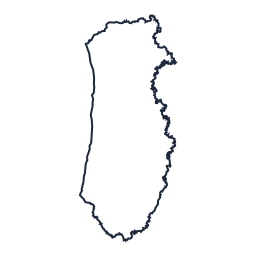 outline of Phu Kamyao, Phayao, Thailand
{"feature_id": "78962969B43873675128191", "entity_name": "Phu Kamyao", "entity_type": "district", "adm_level": 2, "iso_a3": "THA", "parent_name": "Thailand", "parent_adm1": "Phayao", "projection": "robinson", "projection_center": [99.99, 19.32], "detail": "fine", "context": "isolated", "style": "outline", "palette": "slate", "viewbox_px": 256, "rotation_deg": 0, "n_neighbors": 0, "source": "geoboundaries", "source_scale": "gbopen_adm2", "svg_char_len": 5844}
<svg xmlns="http://www.w3.org/2000/svg" viewBox="0 0 256 256"><path d="M157.8,22.7L157.4,20.8L156.8,21.0L157.0,20.5L156.0,20.6L155.7,19.6L154.6,19.7L155.1,18.9L154.3,17.7L154.4,16.6L153.1,16.7L152.9,15.7L152.0,15.4L151.2,16.0L150.4,15.7L149.7,17.1L149.9,17.8L151.3,18.8L150.9,20.0L150.2,20.7L147.4,21.3L146.7,21.8L146.1,21.4L145.5,21.9L145.5,20.7L145.0,19.8L144.0,19.5L143.1,18.4L142.5,18.7L141.8,18.2L138.3,19.5L138.1,21.3L135.8,21.4L135.0,21.9L134.6,21.4L133.4,21.6L132.1,22.1L131.2,23.2L129.3,22.8L128.4,21.4L126.3,21.9L126.2,21.2L125.8,21.8L124.5,21.8L124.3,21.3L123.5,22.5L122.8,22.4L122.6,23.0L121.8,23.1L119.8,23.1L116.2,21.9L114.3,22.6L109.3,22.3L107.0,23.8L106.2,25.0L106.8,27.4L105.1,29.0L104.6,31.0L102.0,31.1L100.1,32.6L98.7,32.2L97.9,33.9L94.0,35.0L91.4,40.0L90.2,40.1L90.1,40.9L88.9,40.7L88.6,42.9L85.8,43.9L89.3,53.7L90.4,62.2L93.2,70.0L94.1,78.0L93.9,83.9L94.3,86.8L93.8,92.7L92.0,95.1L93.2,99.4L92.6,102.4L92.6,105.9L90.8,114.8L91.8,120.1L92.2,126.7L91.2,142.4L90.8,143.8L89.6,145.5L89.7,149.3L87.1,156.7L87.3,160.3L86.3,162.2L85.6,164.9L84.9,173.4L83.9,176.1L83.5,181.6L81.6,189.4L82.1,190.5L80.7,192.9L80.0,195.3L83.7,199.1L85.4,202.2L90.2,203.0L90.6,203.9L92.6,204.3L93.2,204.9L94.3,206.7L93.7,207.5L94.1,208.6L93.5,209.0L93.5,210.7L92.6,212.4L93.1,212.7L93.6,214.8L93.0,215.6L94.7,217.5L94.9,217.0L96.4,216.8L96.5,217.3L97.3,217.4L97.1,219.0L99.3,221.1L100.0,222.6L100.5,222.6L100.8,223.5L100.4,223.9L101.3,224.0L101.0,224.4L103.0,228.5L104.0,229.0L104.2,229.8L105.6,231.3L106.7,231.5L106.8,231.9L106.3,231.6L106.1,232.0L107.0,232.7L106.8,233.3L108.2,233.3L108.7,234.6L109.7,234.5L110.3,235.1L111.1,235.1L111.1,235.9L112.1,235.8L112.2,237.4L112.7,237.6L113.5,236.8L115.2,236.6L115.6,235.2L116.4,234.9L116.5,234.5L117.9,234.7L119.2,233.2L119.8,233.6L120.1,234.5L121.0,234.2L122.1,234.9L123.7,238.7L123.7,240.3L125.0,239.9L125.6,240.6L126.0,239.5L127.3,240.0L128.3,238.4L129.9,238.7L131.2,238.0L131.9,237.0L131.9,235.3L130.9,233.0L132.2,231.6L133.5,231.5L133.5,233.3L134.5,234.0L135.5,232.8L135.0,232.0L135.0,230.9L135.8,231.3L136.0,232.2L136.5,232.6L137.4,231.1L140.0,230.9L141.0,231.9L142.3,230.2L143.7,229.8L143.2,228.0L145.3,228.3L145.9,227.3L146.8,227.6L147.1,226.8L146.0,225.8L146.7,225.4L147.6,225.9L148.0,225.7L148.1,225.1L146.6,223.2L147.7,221.2L148.9,221.6L149.5,221.2L149.0,219.4L150.0,217.5L148.5,217.0L149.4,215.8L149.6,214.3L151.0,213.0L152.1,213.4L153.4,211.5L154.4,211.0L155.6,207.7L158.0,204.1L157.9,201.5L158.2,200.3L160.2,197.5L159.9,195.6L160.8,194.8L160.0,193.7L160.3,192.4L161.3,191.2L162.3,191.5L163.9,188.5L165.8,187.2L165.4,186.3L166.4,186.1L167.0,184.4L166.5,182.7L165.4,182.5L165.6,181.3L164.8,181.0L165.0,180.3L165.7,180.1L165.8,179.4L163.7,179.7L163.8,179.0L164.8,178.4L165.6,178.8L165.6,178.3L165.0,177.5L163.1,178.2L162.9,177.7L163.3,176.9L165.1,176.1L166.0,174.6L166.7,171.5L167.7,171.2L168.3,170.2L166.7,166.1L169.2,165.4L170.0,166.5L170.5,165.6L169.7,163.2L169.8,161.5L169.2,158.5L167.5,158.6L167.1,158.2L167.6,157.3L169.4,157.0L169.6,156.1L168.8,155.3L168.0,155.9L167.1,155.8L166.9,155.1L167.4,154.1L169.1,154.6L169.1,153.8L168.0,152.9L168.6,152.2L169.9,152.1L170.8,152.9L171.3,151.6L172.8,151.3L172.8,150.6L171.1,148.4L172.2,147.5L173.4,147.5L173.4,146.2L175.0,146.0L175.2,145.5L174.5,143.6L173.1,142.9L173.6,142.2L175.1,142.2L174.9,140.9L174.3,140.5L174.6,138.9L171.7,137.5L171.8,136.2L171.1,136.4L170.7,137.6L170.0,136.8L168.9,137.3L168.0,135.5L168.2,134.5L167.0,135.4L165.8,134.1L165.0,133.8L165.0,133.4L166.6,132.2L166.2,131.5L166.6,130.4L165.4,129.9L165.9,128.6L167.0,128.5L166.7,126.8L167.7,126.8L168.5,126.1L168.6,124.2L168.0,123.9L167.4,124.3L167.4,124.0L168.6,122.8L169.3,122.8L169.2,122.4L168.1,122.7L167.8,122.3L168.2,121.4L169.3,121.3L169.2,120.1L168.3,119.7L168.7,118.5L166.5,119.3L166.8,117.6L167.4,118.0L167.6,117.4L166.2,116.0L165.2,116.1L165.2,117.9L163.7,118.4L163.3,116.6L163.6,115.8L162.5,115.0L161.9,113.6L162.2,110.8L161.0,110.9L160.8,110.5L162.0,109.5L163.4,111.0L164.2,110.8L164.7,109.2L163.7,108.1L165.6,108.1L165.8,107.1L165.3,106.6L166.3,106.2L166.1,105.2L165.4,104.8L164.0,105.2L162.4,103.7L160.9,101.9L161.2,100.8L160.7,99.7L159.3,100.4L159.4,101.4L159.0,101.7L157.3,101.2L157.0,101.5L157.1,103.1L155.9,103.0L155.9,100.9L157.1,99.9L157.2,99.4L155.1,98.0L155.2,96.5L154.1,95.2L155.0,94.4L154.7,93.0L154.2,92.6L155.3,91.5L156.4,91.3L156.5,90.3L154.8,87.9L153.5,90.2L153.1,89.6L153.7,88.1L153.3,88.2L152.3,89.3L151.4,88.7L152.1,87.9L152.6,88.3L153.0,88.0L152.9,86.2L152.0,85.8L152.0,85.4L152.4,85.0L153.2,85.3L153.7,83.7L152.5,82.1L151.6,81.6L152.2,81.2L153.4,81.7L152.9,80.2L155.5,78.2L155.2,75.5L154.1,75.6L154.2,74.7L155.6,74.1L154.8,73.4L155.1,72.9L156.1,73.1L156.9,72.6L157.5,73.4L158.0,72.7L157.1,71.7L157.6,71.0L157.1,70.2L157.0,69.0L155.8,69.2L155.3,69.0L155.3,68.6L156.5,67.6L157.1,67.8L157.3,67.2L158.2,68.2L159.0,67.5L159.8,68.1L160.5,66.9L159.5,66.2L161.2,66.9L161.5,66.3L161.3,65.9L160.3,65.6L161.2,64.6L163.1,64.8L163.4,65.5L164.6,64.7L164.5,62.5L162.2,63.4L161.7,62.9L162.6,61.8L163.6,61.9L163.6,61.2L164.2,60.5L164.9,61.8L165.7,61.3L166.1,61.9L166.7,61.9L166.0,62.8L166.1,63.2L166.9,63.2L167.8,62.4L167.7,63.4L168.1,63.8L169.6,63.7L170.1,63.1L170.8,64.2L172.0,63.7L172.3,62.3L172.0,61.1L173.3,61.6L173.4,62.3L174.7,63.7L176.0,62.4L174.7,61.7L174.8,60.7L174.0,60.0L174.0,58.7L172.8,58.5L171.5,57.7L171.8,56.4L171.4,55.6L172.0,54.2L171.7,53.3L171.1,53.6L170.8,54.4L169.7,53.0L168.0,54.1L168.3,52.9L167.6,52.5L168.1,51.6L167.0,51.0L166.2,49.7L166.4,48.7L165.3,47.4L163.9,46.5L162.7,47.5L161.3,47.7L158.3,47.1L158.4,44.1L155.4,43.3L156.0,42.1L155.1,41.8L155.0,39.0L154.3,38.5L155.2,38.4L155.5,37.9L154.5,37.7L153.2,36.6L154.0,35.6L154.4,34.2L155.0,34.2L155.2,33.4L156.9,33.0L157.2,31.9L156.8,30.7L157.4,30.1L157.4,29.2L159.0,31.8L159.8,32.0L160.5,31.4L160.5,28.0L158.3,27.8L158.6,23.7L157.8,22.7Z" fill="none" stroke="#1e293b" stroke-width="2"/></svg>